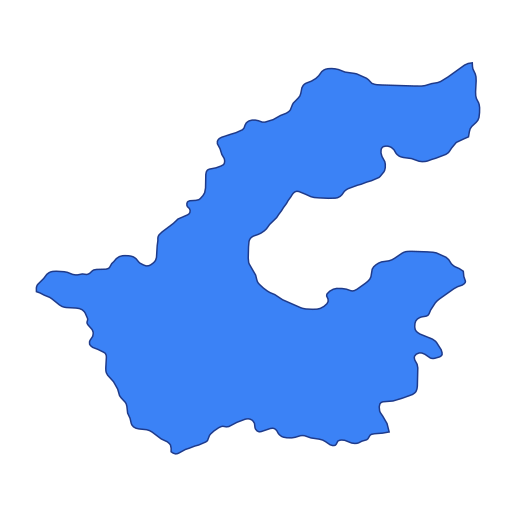 San José de Ocoa, San José de Ocoa, Dominican Republic, rotated 92°
{"feature_id": "3306468B57713364990292", "entity_name": "San José de Ocoa", "entity_type": "district", "adm_level": 2, "iso_a3": "DOM", "parent_name": "Dominican Republic", "parent_adm1": "San José de Ocoa", "projection": "equal_earth", "projection_center": [-70.491, 18.553], "detail": "fine", "context": "isolated", "style": "filled", "palette": "blue", "viewbox_px": 512, "rotation_deg": 92, "n_neighbors": 0, "source": "geoboundaries", "source_scale": "gbopen_adm2", "svg_char_len": 6022}
<svg xmlns="http://www.w3.org/2000/svg" viewBox="0 0 512 512"><g transform="rotate(92 256 256)"><path d="M274.4,405.4L275.0,414.8L275.6,417.6L276.5,419.0L279.1,421.6L279.9,423.0L280.4,424.5L280.0,428.9L281.1,433.7L281.2,435.7L280.8,438.6L278.9,444.0L278.4,447.3L278.2,455.2L278.5,458.5L279.0,460.5L279.9,462.3L281.6,464.4L285.9,467.4L292.2,473.3L293.9,474.1L295.6,474.4L299.3,474.2L300.4,470.7L302.5,466.3L304.6,460.6L306.2,458.1L311.7,450.8L313.2,448.1L313.8,446.0L314.1,443.9L314.3,433.9L314.7,430.6L315.8,427.8L317.6,425.7L319.0,424.7L324.4,422.1L325.7,422.0L328.0,422.6L329.3,422.4L330.7,421.5L335.4,417.1L337.8,416.1L339.5,416.0L342.0,416.4L346.1,418.9L347.6,419.4L350.0,419.2L351.4,418.2L353.0,416.1L354.9,410.6L357.5,404.9L358.4,403.4L359.1,402.9L360.6,402.2L362.3,402.0L373.4,402.2L376.1,402.0L377.9,401.5L380.3,400.1L386.6,394.0L393.8,389.6L400.3,387.5L402.5,385.8L406.7,381.6L408.2,380.6L410.7,379.8L417.5,378.8L422.6,376.2L427.5,374.9L429.1,374.2L431.0,372.5L432.3,370.0L432.9,366.9L433.4,359.3L434.2,356.3L435.7,353.5L442.1,344.4L444.8,338.1L446.5,336.0L447.8,334.9L451.1,334.1L454.6,334.0L455.9,331.9L456.6,329.5L456.3,327.7L455.6,326.2L451.8,319.8L450.4,316.0L448.1,310.6L446.9,306.7L443.6,299.7L442.3,298.1L436.9,296.2L435.5,295.2L432.3,291.9L428.9,287.3L427.7,284.9L427.3,283.3L427.8,279.6L427.4,277.2L422.9,269.3L419.5,261.2L419.1,259.4L419.0,257.7L419.3,256.1L420.1,254.3L421.3,253.0L423.3,251.7L427.6,251.0L428.9,250.5L430.7,248.9L431.4,247.4L431.6,246.4L431.3,244.7L427.9,235.7L427.5,233.2L427.9,231.5L428.8,230.2L429.9,229.1L432.6,227.5L433.8,226.4L435.4,224.2L436.1,222.3L436.6,218.7L436.5,213.9L435.8,210.5L434.0,205.2L433.8,203.2L433.9,201.2L435.9,194.7L436.8,186.5L437.6,183.0L439.0,180.2L442.1,175.3L442.8,172.6L442.6,170.9L442.3,170.1L441.2,169.2L438.4,167.9L437.9,167.4L437.2,165.8L436.9,164.0L437.1,160.9L439.6,153.8L439.9,150.7L439.7,148.7L439.2,147.0L437.4,143.8L435.8,139.0L434.8,137.8L431.2,135.8L430.2,134.4L429.5,131.4L428.6,123.3L427.2,116.8L418.9,119.2L411.7,123.7L408.3,126.2L406.7,127.0L402.5,127.6L399.4,127.0L398.1,125.9L397.3,124.2L396.1,114.0L392.9,104.6L388.9,94.7L387.2,92.5L385.9,91.4L383.2,90.5L380.4,90.2L362.2,90.4L358.6,91.2L354.4,93.7L352.1,94.3L350.5,94.0L348.5,92.4L347.3,89.8L347.1,88.8L347.2,86.7L348.3,83.8L351.8,78.3L352.1,77.4L352.3,75.5L352.0,73.8L350.4,68.9L349.4,67.5L348.2,66.6L346.1,66.7L343.2,67.7L336.2,72.5L334.9,73.7L332.9,76.8L328.2,89.6L326.7,92.0L325.5,93.3L324.0,94.3L321.4,94.9L317.9,94.8L315.4,94.1L313.3,92.5L311.8,90.2L311.1,88.4L310.2,83.9L309.4,82.3L308.9,81.8L307.6,81.0L303.9,79.6L296.6,75.2L294.4,73.3L292.3,70.9L281.8,57.1L279.6,53.4L277.9,48.9L276.4,46.9L275.2,46.0L273.9,45.8L269.2,47.6L264.0,48.3L261.5,52.4L259.7,56.9L258.7,58.5L257.0,60.5L252.9,63.3L250.6,66.1L246.6,75.9L246.1,79.2L245.9,84.8L245.9,100.8L246.1,104.1L246.4,106.3L247.1,108.3L248.1,110.1L253.5,117.5L255.1,120.1L256.2,123.0L257.5,130.3L258.8,133.2L260.6,135.8L262.7,138.0L265.1,139.4L272.7,140.4L275.2,141.5L277.4,143.4L279.5,145.8L285.8,154.0L287.2,156.6L287.6,158.6L287.3,160.3L286.0,164.5L285.5,168.8L285.6,174.3L286.5,177.6L288.6,181.1L291.3,183.6L292.1,183.9L293.5,184.0L296.5,182.5L298.9,182.3L301.2,183.4L304.0,186.3L306.1,189.9L307.0,193.1L307.3,197.6L307.2,204.4L306.7,207.6L306.1,209.6L298.8,227.9L293.9,235.9L292.1,240.7L290.7,243.3L287.8,247.5L284.5,251.3L283.1,252.7L281.6,253.7L280.0,254.3L275.1,255.7L264.4,262.4L262.8,263.1L258.3,263.7L247.1,263.8L241.7,263.5L240.0,263.0L238.4,262.1L237.2,260.8L236.2,259.3L234.4,254.7L233.0,251.9L230.6,248.6L228.5,246.5L224.0,243.5L216.9,236.7L213.9,234.9L209.7,232.0L206.7,230.3L202.5,227.4L199.4,225.8L195.9,223.4L193.1,221.8L191.8,220.8L190.7,219.6L190.0,218.0L189.9,217.1L190.1,215.3L192.6,208.5L194.8,203.2L195.5,199.9L195.7,195.2L195.8,185.6L195.4,178.7L194.9,176.5L193.5,174.0L191.7,172.2L188.2,169.9L186.5,167.9L185.5,166.3L181.8,157.3L180.6,153.4L178.3,148.0L176.7,143.2L173.2,135.8L172.0,134.6L167.4,131.1L165.8,130.4L163.2,129.9L159.7,130.0L157.2,130.6L152.1,133.6L148.6,134.7L145.9,134.7L144.2,134.4L142.7,133.2L142.2,132.4L141.7,130.4L141.6,128.4L142.0,126.4L142.7,124.6L144.9,121.9L148.4,119.7L149.6,118.6L151.2,116.4L151.9,114.5L152.4,112.2L153.2,104.0L155.6,96.4L155.9,93.2L155.6,90.0L155.1,88.0L153.3,83.6L152.0,79.7L147.8,69.8L146.2,67.6L144.9,66.5L141.3,64.3L135.5,59.8L131.7,52.4L129.5,47.8L124.3,47.1L121.4,46.4L119.0,44.9L114.8,40.7L112.6,39.0L109.8,38.0L104.9,37.6L100.0,37.7L97.1,38.2L95.3,38.8L91.0,41.2L88.2,42.0L84.3,42.3L73.3,42.1L69.3,42.4L66.5,43.2L61.4,45.8L58.9,46.3L55.4,46.6L56.2,50.7L57.9,54.2L70.4,70.4L75.2,77.6L76.4,80.6L77.6,86.5L79.8,93.0L80.4,96.5L80.6,103.8L80.7,136.4L80.6,141.2L80.3,143.4L79.4,146.3L76.0,149.7L74.5,151.8L70.5,161.7L70.1,164.0L69.1,173.4L66.8,180.0L66.2,183.4L66.0,187.0L66.3,190.6L66.9,192.9L67.7,194.6L69.4,196.7L73.7,199.6L76.5,202.4L79.3,206.7L81.6,212.1L82.6,213.6L83.9,214.8L86.3,216.0L91.8,216.9L94.5,217.7L96.8,219.4L101.8,224.0L103.3,224.8L108.9,226.8L110.2,227.9L111.3,229.3L112.3,230.8L114.7,236.4L119.1,243.6L121.9,251.7L122.0,254.3L120.7,258.4L120.2,261.4L120.3,264.6L121.2,267.6L122.2,269.1L123.4,270.4L125.6,271.5L128.5,272.4L130.3,273.9L133.5,280.4L135.1,285.2L138.5,294.4L139.9,296.8L141.2,297.9L142.7,298.6L145.2,298.5L150.0,295.7L155.7,293.7L159.8,291.1L162.2,290.6L164.6,290.9L165.9,291.8L167.3,294.1L169.3,299.1L170.8,305.6L171.6,307.2L172.2,307.8L173.7,308.6L176.3,309.0L189.8,308.8L194.5,309.5L197.5,311.1L200.6,313.7L201.7,315.1L202.5,318.0L203.1,324.1L203.9,325.8L204.5,326.4L205.9,326.9L207.9,326.8L209.1,326.2L210.9,324.2L212.8,323.4L214.9,323.6L216.2,324.4L217.2,325.7L221.8,335.3L226.3,339.7L235.3,350.8L238.2,353.6L239.8,354.4L241.4,354.7L244.2,354.6L249.1,355.1L260.9,355.4L263.7,356.2L265.3,357.2L266.7,358.6L268.5,360.9L269.4,362.7L269.7,364.7L269.7,365.6L268.9,368.1L267.1,371.9L266.0,373.1L263.0,375.7L262.0,377.1L261.1,378.7L260.5,381.0L260.2,383.4L260.2,387.0L260.4,389.4L261.4,392.6L263.5,395.5L266.6,397.9L268.6,399.9L272.3,401.8L273.5,402.9L274.4,405.4Z" fill="#3b82f6" stroke="#1e3a8a" stroke-width="1.5"/></g></svg>